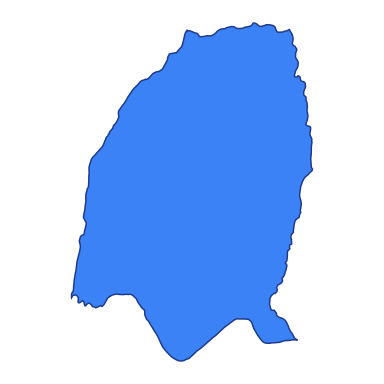 the district of Valle De San Jose, Santander, Colombia
{"feature_id": "7082276B63653740618542", "entity_name": "Valle De San Jose", "entity_type": "district", "adm_level": 2, "iso_a3": "COL", "parent_name": "Colombia", "parent_adm1": "Santander", "projection": "equal_earth", "projection_center": [-73.106, 6.434], "detail": "fine", "context": "isolated", "style": "filled", "palette": "blue", "viewbox_px": 384, "rotation_deg": 0, "n_neighbors": 0, "source": "geoboundaries", "source_scale": "gbopen_adm2", "svg_char_len": 5897}
<svg xmlns="http://www.w3.org/2000/svg" viewBox="0 0 384 384"><path d="M289.2,29.5L287.7,30.4L286.6,30.9L284.9,31.2L283.8,31.5L282.8,32.0L280.6,32.2L278.9,32.2L277.5,32.1L276.3,30.8L275.0,27.0L273.9,26.1L272.6,25.4L270.1,24.9L266.3,24.7L265.1,25.3L260.9,26.5L259.4,26.2L258.0,25.1L257.1,24.2L256.0,23.6L255.0,23.2L253.9,23.0L253.2,23.1L251.8,25.2L250.8,26.0L247.2,26.9L244.9,27.2L244.2,27.7L242.6,28.3L239.1,28.6L236.3,28.3L234.5,27.0L233.7,26.8L232.4,26.6L230.9,26.6L226.3,27.8L225.1,28.6L221.6,29.0L220.2,29.4L218.9,30.1L217.3,31.2L215.6,33.1L214.6,34.0L212.5,35.2L210.8,35.8L209.4,35.9L207.3,35.8L206.3,35.9L204.3,36.4L201.4,36.7L199.7,36.6L199.2,36.0L197.5,33.7L196.6,33.2L195.6,33.1L193.6,32.3L190.5,31.0L187.8,30.7L187.3,30.4L187.3,30.9L186.5,30.9L185.4,32.9L184.9,34.3L182.7,43.8L181.6,46.7L177.4,51.4L176.6,52.6L169.4,53.9L167.6,57.6L167.6,59.5L162.5,69.1L159.0,71.4L156.0,71.9L155.2,72.6L154.0,72.9L152.7,73.8L151.4,75.3L150.1,76.7L147.9,78.8L147.2,79.3L145.2,79.3L143.6,80.2L142.8,80.3L141.3,80.9L139.6,82.4L137.8,84.8L136.7,85.7L132.8,89.7L128.1,96.7L125.0,102.2L121.8,106.4L120.2,108.8L119.2,110.0L118.5,111.4L118.4,113.9L118.8,116.2L118.7,117.2L117.7,119.8L117.2,120.9L115.4,123.7L113.8,125.2L113.3,126.1L113.0,127.6L112.4,128.8L111.3,129.9L109.4,132.2L109.4,133.2L109.1,133.7L108.3,134.4L107.9,135.7L107.4,136.4L106.4,137.2L106.0,138.0L105.7,139.4L105.5,139.8L105.2,140.1L103.9,143.5L103.0,145.6L102.0,147.2L96.8,152.8L94.9,155.1L93.5,156.4L91.4,159.2L89.2,166.4L89.0,168.2L89.1,173.8L88.9,175.3L88.8,180.9L88.5,186.3L88.3,187.2L87.8,188.1L87.2,188.9L86.7,191.3L86.0,193.7L85.8,198.3L85.9,200.7L85.1,207.0L85.0,208.5L84.8,210.2L84.1,212.9L83.4,217.2L83.8,218.2L84.5,219.4L85.9,222.1L86.2,223.0L86.2,224.2L86.0,225.1L85.1,229.1L84.5,231.0L84.2,233.4L83.9,234.3L83.5,234.7L82.2,235.2L81.1,235.9L80.5,236.6L80.0,238.3L79.5,240.1L79.3,241.1L79.4,241.8L80.0,243.9L80.3,245.4L80.3,247.6L79.7,251.0L77.1,261.3L75.9,271.0L75.2,274.1L74.8,277.0L74.4,278.9L74.2,280.2L74.0,283.1L73.6,286.2L73.6,287.9L73.4,289.9L73.2,291.1L72.4,292.6L71.8,293.2L71.5,294.6L71.5,297.4L71.6,297.8L72.5,295.9L74.1,295.1L75.2,295.0L76.4,295.2L77.9,296.7L78.3,298.0L78.3,299.6L78.0,302.2L78.7,302.9L80.6,302.3L81.7,301.3L82.4,300.9L83.3,301.2L83.9,301.9L84.3,304.0L84.9,305.8L85.6,305.8L86.4,304.8L87.3,303.9L88.4,303.2L89.3,303.2L91.5,304.8L92.1,306.1L92.8,306.7L94.8,307.1L95.8,307.8L98.4,306.7L100.1,305.7L100.9,305.9L101.9,306.5L102.5,306.1L104.1,304.4L106.6,300.0L107.6,298.1L109.4,296.7L112.3,295.0L116.3,294.0L120.2,294.5L122.6,294.6L124.3,294.5L126.2,294.2L128.1,294.5L129.2,294.3L130.3,294.3L131.9,294.8L133.2,295.7L134.4,297.0L135.7,298.0L136.4,298.9L138.0,302.4L139.0,303.9L140.1,305.2L141.5,307.5L144.3,310.0L144.7,311.2L144.8,314.9L146.1,318.2L147.0,319.7L148.3,320.8L150.3,324.3L152.1,327.1L155.0,332.0L156.1,333.3L158.5,338.0L161.0,343.6L163.0,347.4L166.4,351.6L169.9,355.3L172.2,357.3L174.5,358.8L176.8,360.0L179.1,360.8L180.7,361.0L183.5,360.7L186.2,359.4L189.3,358.3L190.6,356.9L192.8,355.0L196.8,351.1L201.3,347.8L212.8,337.7L216.8,334.5L223.8,327.8L233.8,320.3L236.3,318.9L244.6,319.0L248.5,319.3L251.2,321.6L252.0,323.3L253.7,328.3L257.9,335.6L259.8,338.2L262.5,341.5L264.3,342.7L266.8,343.3L270.2,343.2L272.0,342.8L274.5,342.8L276.9,342.5L279.0,342.4L281.2,341.8L283.3,341.0L286.4,340.5L288.6,340.5L292.0,339.9L295.0,339.8L297.7,340.3L295.2,338.6L294.4,337.9L292.3,333.8L290.2,330.9L288.7,327.7L288.3,326.3L286.6,322.5L285.2,320.4L283.1,318.8L282.1,318.3L278.7,317.1L277.5,316.3L277.0,315.6L276.6,315.0L276.4,313.3L275.9,312.5L274.7,311.0L274.5,310.6L274.1,310.3L271.8,310.2L271.1,309.6L270.4,307.7L269.7,304.9L269.6,303.6L269.9,299.1L270.1,298.2L270.6,297.0L271.3,295.8L272.1,294.9L273.0,294.1L274.0,293.4L274.7,293.4L274.9,293.5L276.4,292.1L277.0,291.2L277.3,289.5L276.9,288.9L276.6,287.8L277.0,286.5L278.1,284.8L279.3,284.3L281.5,282.9L282.5,281.3L282.5,280.3L282.4,279.5L282.0,278.5L282.5,277.7L283.3,276.8L284.1,275.5L284.8,274.0L285.0,272.4L285.9,270.4L286.6,266.9L286.9,265.6L286.7,264.7L286.1,263.9L285.7,263.8L285.3,263.1L285.6,262.3L286.4,261.5L286.9,260.4L287.2,258.1L287.4,254.3L287.3,253.0L287.5,251.8L287.7,251.0L288.2,250.3L289.2,249.6L289.7,249.1L289.8,248.5L289.6,247.9L289.5,246.0L290.0,244.6L291.4,244.3L291.7,243.4L291.5,241.2L291.5,239.1L291.2,238.7L290.9,237.8L290.9,236.6L291.1,235.8L291.3,234.9L291.9,233.9L293.1,232.8L293.4,232.3L293.3,231.3L293.7,228.4L293.9,225.9L294.9,221.3L295.4,220.4L295.9,219.7L298.9,217.5L299.3,216.9L299.5,214.9L300.3,213.1L300.8,212.4L300.5,211.9L300.3,210.8L300.4,209.8L301.2,205.3L301.2,203.0L300.9,201.0L299.8,197.2L299.6,194.5L300.4,188.9L300.8,186.1L301.4,184.8L302.2,182.1L304.4,177.9L306.7,175.7L308.2,174.6L309.8,172.6L310.9,171.8L312.1,170.6L312.5,169.0L312.1,168.7L311.6,167.9L311.1,164.9L311.1,163.8L310.7,158.3L311.0,156.5L311.3,152.7L311.3,147.5L311.5,145.1L312.0,142.3L311.7,141.5L311.8,139.1L311.5,138.1L310.6,136.3L310.0,134.9L309.9,133.6L310.6,129.2L310.6,127.8L310.5,127.1L310.1,126.6L309.4,126.3L307.9,126.1L306.7,125.5L306.1,124.9L306.0,124.2L306.1,123.5L307.4,119.6L307.6,117.9L307.9,116.7L307.8,115.0L307.6,113.5L307.3,112.5L307.0,111.0L307.0,110.0L307.3,107.7L307.3,105.9L307.2,104.7L306.9,102.5L306.4,101.0L306.1,100.7L306.0,99.8L306.0,97.2L305.8,96.8L305.0,96.1L304.1,95.5L303.8,94.7L303.7,93.7L303.7,91.8L305.2,87.7L305.6,86.3L305.4,85.5L305.3,84.3L305.2,83.4L305.0,83.0L303.9,81.8L303.1,81.5L302.4,81.5L301.5,81.1L300.8,80.6L300.0,77.1L298.6,75.9L298.1,75.9L296.6,77.1L295.7,77.1L294.5,76.6L294.5,75.9L294.7,74.0L295.1,73.0L295.3,71.7L296.2,69.7L297.1,68.2L297.5,67.3L297.8,66.4L298.0,65.3L298.2,63.4L298.1,62.1L297.7,61.0L297.0,59.8L296.0,58.3L295.5,56.8L295.6,53.5L295.8,52.6L296.8,49.9L296.7,49.1L295.4,47.0L294.8,46.3L293.5,45.3L292.7,44.6L292.2,43.3L292.7,41.7L292.9,40.5L293.1,39.0L293.0,38.0L292.2,34.6L291.7,33.6L290.8,32.2L289.9,30.6L289.2,29.5Z" fill="#3b82f6" stroke="#1e3a8a" stroke-width="1.5"/></svg>